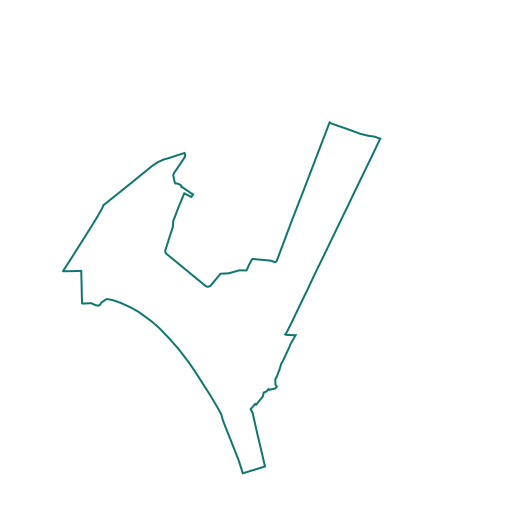 the district of Thanh Khe, Đà Nẵng, Vietnam, rotated 222°
{"feature_id": "81297802B31644345342604", "entity_name": "Thanh Khe", "entity_type": "district", "adm_level": 2, "iso_a3": "VNM", "parent_name": "Vietnam", "parent_adm1": "Đà Nẵng", "projection": "robinson", "projection_center": [108.193, 16.056], "detail": "fine", "context": "isolated", "style": "outline", "palette": "teal", "viewbox_px": 512, "rotation_deg": 222, "n_neighbors": 0, "source": "geoboundaries", "source_scale": "gbopen_adm2", "svg_char_len": 2468}
<svg xmlns="http://www.w3.org/2000/svg" viewBox="0 0 512 512"><g transform="rotate(222 256 256)"><path d="M242.2,426.3L245.8,424.8L247.5,424.2L253.3,420.3L259.5,417.0L260.5,416.5L268.8,413.2L288.1,405.1L290.7,404.5L283.7,386.4L263.7,334.4L253.1,306.4L238.2,268.5L237.2,265.7L237.8,263.9L239.6,263.5L242.4,262.1L256.7,251.4L256.4,249.5L255.1,244.1L253.9,240.7L253.4,238.9L258.7,234.3L264.9,224.6L270.5,219.1L269.9,203.4L270.9,201.2L271.8,200.5L273.0,200.0L293.0,199.1L324.3,197.7L325.5,197.9L326.9,199.0L332.6,211.5L337.2,221.9L338.5,223.6L340.6,226.1L341.0,227.0L346.3,240.5L346.7,241.7L351.2,254.6L343.5,256.6L344.0,259.7L346.0,259.2L356.3,257.9L357.7,257.4L358.0,257.8L358.3,258.1L358.8,258.3L359.3,258.3L359.7,258.2L360.3,258.2L363.2,257.1L364.4,256.0L365.3,256.1L370.3,259.7L371.4,260.5L371.9,261.3L372.0,261.6L372.4,262.6L372.7,264.8L373.1,267.9L374.7,279.4L374.9,280.5L375.1,281.7L375.5,282.7L376.2,283.6L376.8,284.1L378.1,284.7L386.9,269.4L389.1,266.1L391.6,260.3L393.4,253.8L394.9,244.0L396.0,237.4L397.4,228.0L398.0,224.3L399.8,213.2L403.2,192.7L403.5,192.0L403.1,191.2L402.0,187.6L401.3,184.1L400.3,179.6L398.9,172.2L398.3,168.9L396.5,158.6L396.4,158.2L393.9,143.3L392.6,136.0L389.3,115.8L388.8,115.9L383.8,120.5L375.9,128.0L353.6,104.4L352.6,105.0L347.0,110.6L342.1,112.2L340.0,113.5L339.2,115.6L339.8,117.6L339.1,120.6L338.3,123.9L336.3,125.4L333.6,126.9L332.2,127.7L325.2,130.6L315.8,133.6L306.0,135.9L289.4,137.6L279.6,137.7L264.5,136.6L251.6,135.1L234.5,131.9L226.6,130.0L221.2,128.6L196.1,121.7L184.6,118.1L178.2,115.9L176.2,115.3L172.2,112.7L167.9,110.3L158.4,105.6L132.6,92.8L120.4,85.7L108.5,105.6L119.2,113.1L135.7,124.5L153.5,137.1L157.5,138.6L157.6,145.5L156.4,145.6L156.9,155.8L156.9,156.1L157.1,156.4L157.3,156.8L157.6,157.3L157.9,158.0L158.2,158.6L158.5,158.9L158.7,159.2L158.9,159.6L158.8,159.9L158.7,160.1L158.5,160.4L158.2,161.0L158.0,161.4L157.8,162.0L157.6,162.8L157.6,165.3L157.6,165.5L156.5,165.4L156.0,166.3L153.1,170.4L153.1,172.9L155.0,173.3L155.7,173.6L159.3,177.5L159.5,178.8L159.7,179.9L160.0,180.9L160.5,182.0L160.8,182.8L161.3,183.9L161.7,185.1L162.2,186.5L162.7,187.7L163.2,188.7L163.6,189.5L163.7,189.9L164.0,190.4L165.2,193.0L165.8,196.0L170.6,211.7L171.4,213.6L173.6,223.6L177.1,220.6L180.4,217.9L181.8,217.3L181.9,218.9L184.8,229.7L190.6,249.4L195.7,267.1L199.5,279.4L206.1,302.5L212.5,324.4L220.1,350.6L221.4,355.3L225.2,367.9L230.8,387.4L237.0,408.8L242.2,426.3Z" fill="none" stroke="#0f766e" stroke-width="2"/></g></svg>